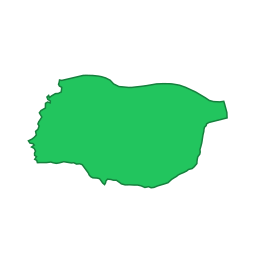 the district of Panorama, São Paulo, Brazil, rotated 75°
{"feature_id": "56859067B41542408145429", "entity_name": "Panorama", "entity_type": "district", "adm_level": 2, "iso_a3": "BRA", "parent_name": "Brazil", "parent_adm1": "São Paulo", "projection": "equal_earth", "projection_center": [-51.854, -21.459], "detail": "fine", "context": "isolated", "style": "filled", "palette": "green", "viewbox_px": 256, "rotation_deg": 75, "n_neighbors": 0, "source": "geoboundaries", "source_scale": "gbopen_adm2", "svg_char_len": 1890}
<svg xmlns="http://www.w3.org/2000/svg" viewBox="0 0 256 256"><g transform="rotate(75 128 128)"><path d="M128.1,224.8L130.3,225.3L132.0,223.8L134.1,226.2L135.6,224.5L138.0,224.5L139.0,220.6L140.3,215.8L140.9,211.3L142.1,209.5L143.6,206.4L143.9,203.5L143.9,198.8L145.5,195.3L147.1,191.7L147.5,189.3L149.5,187.1L150.1,183.8L151.6,181.7L157.0,179.6L161.1,178.0L163.5,177.6L165.4,176.6L167.0,174.9L168.4,170.7L169.6,168.6L171.5,167.8L174.6,166.7L176.6,165.3L175.2,163.9L173.4,163.0L172.1,161.0L173.3,157.8L174.6,155.7L175.5,152.7L178.7,150.0L180.2,148.9L182.2,145.5L183.3,141.0L184.6,137.1L185.5,133.7L187.3,130.2L189.8,127.1L190.0,123.2L191.7,121.2L192.1,118.3L191.6,114.3L191.5,111.1L191.4,107.1L191.2,103.5L188.9,99.1L187.9,95.9L187.3,93.7L186.3,91.5L185.8,89.0L185.4,85.9L184.7,82.5L183.7,80.2L183.8,76.6L182.6,74.1L180.2,70.7L178.3,70.1L176.1,69.2L173.8,68.0L171.9,65.5L169.9,64.5L167.5,64.1L164.8,62.5L161.8,60.8L160.1,60.0L158.0,59.1L153.9,57.3L151.2,55.8L148.8,54.9L147.0,53.9L146.0,52.0L144.3,51.0L143.6,48.3L143.9,29.7L138.6,28.5L130.0,28.5L127.0,28.6L126.5,32.7L124.6,38.6L122.4,42.4L118.9,45.4L110.9,53.2L103.6,61.9L100.1,67.0L98.8,69.7L96.8,74.1L96.0,76.5L94.3,82.5L92.8,89.1L91.9,99.1L91.2,104.5L90.3,110.3L89.8,113.8L89.0,116.9L87.2,121.7L85.6,126.1L81.7,130.5L77.2,132.9L73.9,136.6L71.6,140.3L70.2,143.2L68.2,148.4L66.3,154.8L65.6,157.8L65.0,177.0L64.9,179.7L63.9,181.7L66.1,182.7L67.8,183.8L69.7,183.4L71.6,181.5L74.0,182.4L75.9,183.2L76.6,186.4L76.0,189.2L77.1,193.2L78.2,196.0L76.0,196.2L77.1,198.3L79.7,198.0L81.8,196.0L83.6,196.6L82.1,198.9L82.8,201.3L84.7,201.9L87.3,202.6L88.6,207.5L90.4,209.7L95.1,208.4L97.0,210.4L98.9,212.6L100.8,214.0L103.0,213.3L105.9,215.3L107.3,218.1L111.1,218.4L112.9,221.3L113.9,223.8L114.6,227.5L117.2,226.6L118.4,224.0L120.2,223.0L121.4,226.1L123.4,223.9L126.4,223.3L128.1,224.8Z" fill="#22c55e" stroke="#15803d" stroke-width="1.5"/></g></svg>